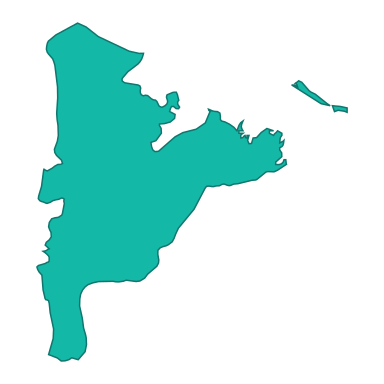 outline of Ad Daqahliyah
{"feature_id": "EGY-1537", "entity_name": "Ad Daqahliyah", "entity_type": "Governorate", "adm_level": 1, "iso_a3": "EGY", "parent_name": "Egypt", "parent_adm1": "", "projection": "robinson", "projection_center": [31.652, 31.05], "detail": "fine", "context": "isolated", "style": "filled", "palette": "teal", "viewbox_px": 384, "rotation_deg": 0, "n_neighbors": 0, "source": "natural_earth", "source_scale": "10m", "svg_char_len": 4135}
<svg xmlns="http://www.w3.org/2000/svg" viewBox="0 0 384 384"><path d="M209.9,111.8L210.3,111.6L209.7,111.0L209.3,110.8L208.9,110.5L208.5,109.2L212.7,111.0L214.7,111.4L217.5,111.6L219.9,113.1L220.4,116.3L220.4,119.5L221.5,121.0L224.9,121.9L229.5,124.2L234.0,127.4L236.9,130.8L239.1,125.1L240.7,122.7L243.0,121.0L241.7,124.2L241.3,126.5L241.7,128.4L243.0,130.8L238.9,130.8L238.9,133.3L243.0,133.3L242.0,134.0L241.2,134.6L240.7,135.7L240.9,138.0L242.3,137.8L243.2,137.2L243.8,136.3L245.0,135.4L245.3,136.0L245.3,136.9L245.6,137.7L247.0,138.0L247.0,135.4L249.0,135.4L247.6,140.4L249.0,143.7L251.5,143.5L253.1,138.0L256.6,137.6L261.2,132.5L266.9,128.5L273.6,130.8L269.4,130.8L269.4,133.3L273.6,135.4L274.4,134.0L276.3,132.4L277.6,130.8L281.9,133.3L281.9,135.4L280.7,137.0L280.2,138.2L279.7,142.9L283.0,141.3L283.9,140.4L283.5,143.4L282.9,145.4L281.8,146.7L279.7,147.7L279.7,149.9L281.7,152.9L281.8,156.7L275.7,162.1L275.7,164.5L278.9,164.6L281.3,163.9L283.1,162.3L284.0,159.7L285.8,159.7L286.2,163.4L286.5,164.3L277.4,170.3L274.4,171.7L273.7,171.8L268.4,171.6L267.1,171.7L265.9,172.1L256.8,179.5L256.1,179.8L255.5,180.0L251.9,180.3L238.0,183.7L233.8,184.1L233.1,184.3L231.1,185.2L229.8,185.6L229.1,185.6L228.4,185.5L227.1,185.2L224.9,184.3L224.2,184.1L223.5,184.1L222.1,184.3L219.6,185.7L219.0,185.8L216.7,185.9L215.3,186.1L214.1,186.5L213.5,186.6L212.0,186.6L210.0,186.2L208.5,186.1L207.1,186.3L206.5,186.4L205.0,188.4L194.0,209.3L178.4,228.2L175.6,234.2L174.1,238.3L172.2,241.8L168.4,244.7L166.1,245.8L162.8,246.7L160.2,247.8L157.9,250.3L157.8,254.4L158.8,260.0L158.5,263.1L156.8,266.3L147.6,274.2L144.6,278.2L139.9,281.0L136.1,281.5L126.2,280.2L123.4,281.2L118.8,281.9L115.8,281.8L113.0,281.3L98.5,281.6L92.7,282.9L87.9,284.7L85.0,287.0L82.6,290.0L80.7,294.0L79.8,298.9L79.6,306.0L82.3,318.2L83.6,328.1L85.5,334.5L86.2,337.8L86.5,344.6L85.1,351.7L78.2,359.7L71.7,357.8L69.1,359.6L65.2,360.8L61.2,361.0L57.4,358.0L48.6,354.6L53.2,338.5L53.6,329.0L50.2,312.8L49.2,303.3L48.5,300.7L47.1,299.9L45.8,299.7L45.1,298.6L43.1,290.0L41.9,275.1L39.1,272.0L37.7,269.5L36.9,267.0L38.4,265.5L45.2,263.5L47.2,262.3L48.4,262.1L49.1,261.1L49.2,257.4L48.6,256.0L46.9,254.2L44.9,252.5L43.1,251.3L45.4,250.9L46.6,250.3L47.7,249.5L49.2,248.8L45.2,245.1L46.3,242.3L49.3,239.8L51.3,236.8L51.0,232.4L49.6,229.6L48.6,226.8L49.3,222.4L51.7,218.8L54.9,217.8L58.4,217.3L61.7,215.2L62.4,213.6L64.3,203.6L63.8,201.0L64.2,199.1L63.1,198.3L61.5,198.0L58.8,199.3L55.9,199.8L52.8,200.7L50.3,202.3L47.0,203.4L46.1,203.2L43.4,202.0L41.5,201.5L39.8,200.7L38.3,198.7L38.7,195.9L41.5,186.6L43.7,169.9L44.0,169.2L44.8,169.7L45.4,170.2L47.3,170.9L52.2,168.2L54.7,166.2L58.0,164.4L60.7,164.4L62.5,163.5L61.5,160.2L56.5,155.4L54.8,152.5L54.4,149.3L57.3,141.4L58.3,135.6L58.0,125.4L57.1,119.4L56.7,113.3L57.7,97.7L57.5,86.7L54.9,65.4L53.9,62.0L52.7,58.8L48.5,54.0L47.2,52.1L46.4,49.2L46.7,46.2L47.4,43.1L48.4,41.1L55.9,34.9L77.6,23.1L86.1,27.0L98.3,36.6L129.2,51.2L139.1,53.4L143.5,53.3L143.4,53.9L142.4,57.2L141.6,59.2L140.1,61.6L138.1,63.9L127.9,71.7L122.7,77.8L122.0,79.1L122.3,81.1L124.7,82.8L138.1,85.0L139.9,85.9L140.7,88.1L140.2,90.6L140.4,93.0L141.3,94.8L143.3,95.8L145.5,95.2L147.7,95.6L151.4,98.8L153.5,99.9L155.5,100.1L156.9,101.5L159.0,105.9L160.0,106.6L162.0,107.3L164.9,105.8L166.8,104.1L167.6,102.0L167.5,100.6L166.5,97.3L166.6,96.2L167.1,94.8L172.9,92.4L174.4,92.2L176.3,92.2L177.5,94.9L178.0,97.3L178.8,100.2L177.7,101.7L177.7,104.3L179.6,107.1L178.6,108.7L176.1,108.6L173.6,106.5L171.6,106.5L170.9,107.6L170.4,108.8L169.6,111.5L175.1,114.4L174.6,118.4L170.3,122.0L164.6,123.6L159.5,124.0L159.4,125.4L161.1,128.3L161.4,133.2L155.9,140.7L150.9,142.4L151.6,146.7L152.8,149.9L154.9,151.6L158.5,151.3L175.1,136.8L182.9,132.6L196.2,129.2L205.3,122.9L209.9,111.8ZM298.7,80.8L301.8,82.3L309.2,90.8L311.0,92.1L315.3,94.2L327.2,103.7L330.2,105.7L321.1,103.7L291.6,84.9L293.3,85.1L294.6,84.9L295.4,85.4L297.7,87.3L297.0,84.8L295.6,83.2L295.4,83.2L295.5,83.1L296.6,82.5L298.7,80.8ZM347.1,112.3L344.2,111.2L338.1,110.3L334.5,111.6L332.4,105.7L336.1,106.1L340.0,106.4L347.1,107.9L347.1,110.4L347.1,112.3L347.1,112.3Z" fill="#14b8a6" stroke="#0f766e" stroke-width="1.5"/></svg>